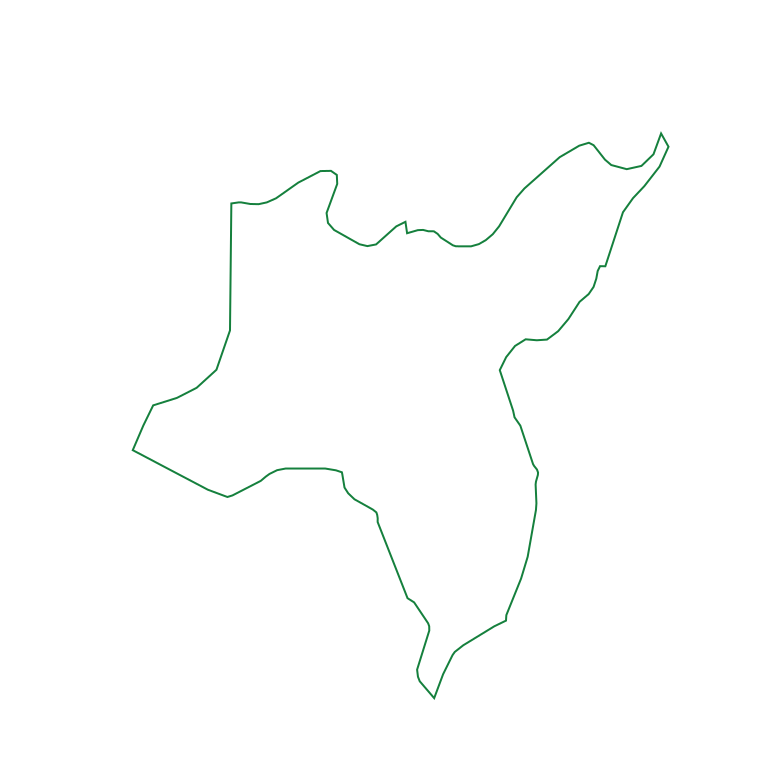 outline of Guéckédou, rotated 191°
{"feature_id": "GIN-5640", "entity_name": "Guéckédou", "entity_type": "Prefecture", "adm_level": 1, "iso_a3": "GIN", "parent_name": "Guinea", "parent_adm1": "", "projection": "equal_earth", "projection_center": [-10.351, 8.727], "detail": "fine", "context": "isolated", "style": "outline", "palette": "green", "viewbox_px": 768, "rotation_deg": 191, "n_neighbors": 0, "source": "natural_earth", "source_scale": "10m", "svg_char_len": 1664}
<svg xmlns="http://www.w3.org/2000/svg" viewBox="0 0 768 768"><g transform="rotate(191 384 384)"><path d="M219.6,178.8L219.1,175.0L229.5,167.2L256.3,142.7L263.4,134.5L265.0,130.9L270.6,110.4L274.8,85.2L292.2,99.0L294.8,103.1L297.0,109.9L292.5,150.6L293.4,154.8L295.0,157.5L312.8,175.4L320.0,178.2L363.9,247.3L364.6,251.1L365.7,254.2L367.0,256.5L371.0,258.6L391.0,265.2L398.3,269.9L403.0,274.8L407.7,287.4L408.5,289.3L414.7,290.1L425.5,289.8L464.3,282.3L472.5,279.0L479.2,273.9L482.3,270.6L486.5,265.4L511.5,245.7L516.2,243.2L536.7,246.6L618.0,271.1L612.3,297.4L606.5,319.0L584.7,330.8L567.2,344.5L551.2,366.0L545.4,407.2L568.3,532.1L561.4,534.5L559.0,535.0L549.6,535.2L541.4,536.6L533.7,539.9L525.4,545.7L506.5,565.4L487.0,580.9L476.7,583.1L470.2,580.2L468.1,571.5L473.0,540.9L469.7,531.4L462.4,525.7L434.8,516.5L426.6,516.2L418.4,519.5L402.0,541.1L393.9,547.3L390.1,536.4L380.1,541.5L375.0,542.7L369.7,542.4L364.2,543.4L360.0,541.6L356.2,538.6L342.9,533.3L339.7,532.9L324.9,535.7L317.6,539.4L311.5,544.7L305.8,551.8L301.1,560.7L289.4,592.6L283.5,602.7L254.8,640.2L237.8,655.2L228.9,659.9L223.8,658.4L209.9,646.4L202.7,642.3L186.7,641.2L172.9,647.2L163.3,660.9L159.8,682.8L150.0,671.2L155.0,650.0L166.2,627.9L175.0,614.0L182.2,598.2L189.2,541.8L194.4,540.9L195.8,535.7L195.7,528.0L196.8,519.3L200.2,511.4L207.7,502.0L215.4,482.9L223.1,469.1L232.5,458.7L242.3,456.1L253.5,454.9L262.6,446.4L269.2,433.7L273.0,419.7L252.2,382.5L249.5,376.2L242.2,369.1L222.4,333.8L221.0,332.2L217.5,329.2L215.9,326.5L215.6,324.1L216.2,317.2L216.0,314.3L211.6,295.9L210.8,289.3L210.0,241.8L212.3,219.2L219.8,180.5L219.6,178.8Z" fill="none" stroke="#15803d" stroke-width="2"/></g></svg>